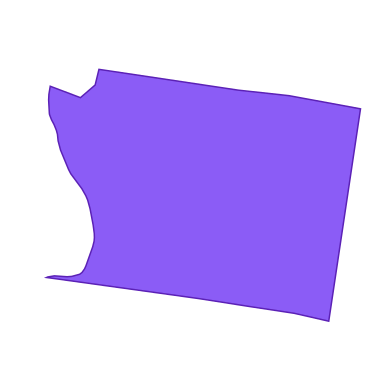 Union, Illinois, United States of America (Natural Earth projection), rotated 8°
{"feature_id": "52423323B99483960242542", "entity_name": "Union", "entity_type": "district", "adm_level": 2, "iso_a3": "USA", "parent_name": "United States of America", "parent_adm1": "Illinois", "projection": "natural_earth1", "projection_center": [-89.408, 37.465], "detail": "fine", "context": "isolated", "style": "filled", "palette": "violet", "viewbox_px": 384, "rotation_deg": 8, "n_neighbors": 0, "source": "geoboundaries", "source_scale": "gbopen_adm2", "svg_char_len": 648}
<svg xmlns="http://www.w3.org/2000/svg" viewBox="0 0 384 384"><g transform="rotate(8 192 192)"><path d="M274.7,83.1L223.7,84.7L82.8,83.5L81.2,99.5L68.4,114.1L36.9,107.0L36.8,110.7L36.7,115.1L37.2,120.7L39.8,134.0L40.2,135.3L42.8,140.0L46.0,144.4L49.0,149.6L50.7,153.5L52.3,160.0L56.0,168.8L66.7,187.0L69.5,190.9L82.5,204.1L87.4,210.5L89.8,214.5L93.4,222.8L98.7,238.4L101.0,246.7L101.7,250.8L101.9,254.3L101.3,260.1L97.3,279.7L96.3,283.1L94.3,287.0L92.2,289.1L84.7,292.3L80.1,293.3L67.3,294.2L61.0,296.2L59.9,296.9L213.6,296.6L264.9,297.4L310.1,297.9L345.4,300.9L347.3,86.2L274.7,83.1Z" fill="#8b5cf6" stroke="#5b21b6" stroke-width="1.5"/></g></svg>